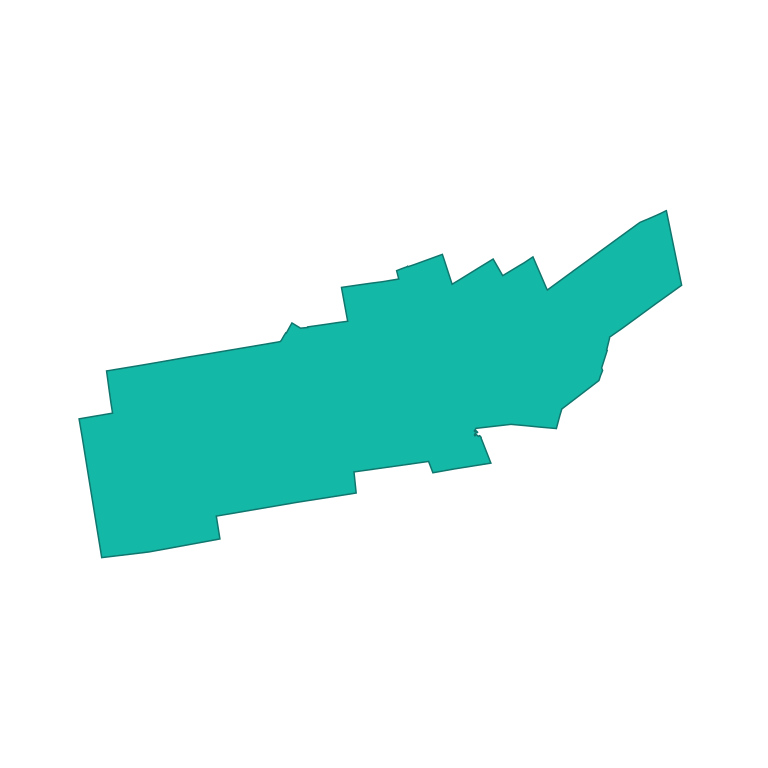 Barca, Dolj, Romania (orthographic projection), rotated 163°
{"feature_id": "2599482B6572149700325", "entity_name": "Barca", "entity_type": "district", "adm_level": 2, "iso_a3": "ROU", "parent_name": "Romania", "parent_adm1": "Dolj", "projection": "orthographic", "projection_center": [23.606, 43.972], "detail": "fine", "context": "isolated", "style": "filled", "palette": "teal", "viewbox_px": 768, "rotation_deg": 163, "n_neighbors": 0, "source": "geoboundaries", "source_scale": "gbopen_adm2", "svg_char_len": 2188}
<svg xmlns="http://www.w3.org/2000/svg" viewBox="0 0 768 768"><g transform="rotate(163 384 384)"><path d="M540.4,463.9L561.5,466.8L601.1,471.7L612.7,473.2L645.5,477.6L646.3,472.8L648.7,458.1L650.7,445.5L652.1,435.5L677.1,438.7L685.8,439.8L688.3,420.3L693.8,380.4L699.3,340.1L704.7,300.5L657.8,292.1L586.2,283.8L583.0,306.7L502.6,296.4L442.5,287.9L438.4,308.7L364.0,296.9L363.2,284.8L342.2,282.3L304.9,277.1L305.2,280.3L305.3,282.1L306.9,303.1L307.0,303.7L306.9,304.0L306.7,304.6L306.8,304.8L307.3,305.8L307.4,306.2L307.6,306.6L307.9,306.7L308.4,306.5L308.6,306.4L309.0,306.3L309.6,307.2L309.8,307.5L310.4,308.4L310.8,308.8L311.8,308.0L312.0,307.9L312.4,308.1L312.2,309.1L311.7,309.7L311.5,309.8L310.6,310.2L310.3,310.2L309.5,310.4L309.2,310.2L308.9,310.3L308.6,310.5L308.8,311.0L309.6,312.4L309.7,312.5L309.8,312.5L310.1,312.3L310.7,311.9L310.9,311.9L311.1,312.0L311.3,312.3L311.2,312.9L310.0,313.8L309.8,314.0L309.3,314.3L309.2,314.4L309.0,314.7L274.4,308.3L260.4,302.6L249.2,297.9L232.4,291.1L232.2,291.0L225.0,302.5L221.1,308.3L220.5,308.4L177.4,324.5L174.5,328.7L171.0,333.0L171.2,335.7L160.7,350.9L161.2,351.3L155.0,361.7L154.5,363.0L153.2,363.3L139.0,367.9L101.4,381.0L70.5,391.4L67.8,420.0L66.9,429.5L63.3,467.2L63.8,467.2L69.1,466.3L77.0,465.3L85.2,464.4L90.2,463.9L91.9,463.7L95.3,462.6L104.0,459.6L107.7,458.3L115.0,455.8L134.0,449.2L139.8,447.2L143.5,445.9L152.3,442.8L170.7,436.5L170.8,436.4L175.2,434.9L190.4,429.6L199.6,426.4L200.3,426.2L200.6,427.7L202.3,443.3L202.9,448.6L204.2,460.3L204.4,462.0L214.7,458.9L220.6,457.5L238.8,452.9L243.1,471.6L260.5,467.1L277.6,462.6L278.3,462.4L289.7,459.5L290.1,483.2L290.3,490.9L307.5,490.0L320.8,489.3L321.4,489.3L324.1,489.2L325.0,489.2L325.6,489.2L325.9,489.1L326.6,489.1L326.9,489.7L327.1,489.6L327.3,489.5L328.5,489.4L329.0,489.3L330.0,489.3L333.2,489.1L335.0,489.0L335.9,488.9L338.8,488.7L339.2,480.1L356.4,482.4L366.9,484.2L375.8,485.6L396.4,488.8L396.6,487.4L400.4,454.6L409.8,456.2L419.8,457.7L420.5,457.8L430.8,459.4L440.2,460.9L440.2,460.5L440.3,460.3L441.7,460.6L447.5,461.8L454.2,469.3L462.5,461.3L462.9,461.7L465.7,459.3L469.6,455.6L471.1,454.9L540.4,463.9Z" fill="#14b8a6" stroke="#0f766e" stroke-width="1.5"/></g></svg>